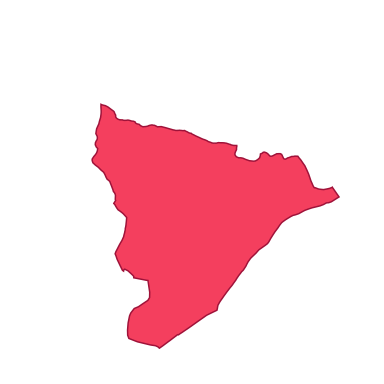 the district of Bonneterre, Gros Islet, Saint Lucia, rotated 241°
{"feature_id": "8701671B46527115488152", "entity_name": "Bonneterre", "entity_type": "district", "adm_level": 2, "iso_a3": "LCA", "parent_name": "Saint Lucia", "parent_adm1": "Gros Islet", "projection": "mercator", "projection_center": [-60.94, 14.069], "detail": "fine", "context": "isolated", "style": "filled", "palette": "rose", "viewbox_px": 384, "rotation_deg": 241, "n_neighbors": 0, "source": "geoboundaries", "source_scale": "gbopen_adm2", "svg_char_len": 5258}
<svg xmlns="http://www.w3.org/2000/svg" viewBox="0 0 384 384"><g transform="rotate(241 192 192)"><path d="M156.0,93.8L156.4,94.1L157.1,95.0L157.1,95.8L154.3,97.7L153.6,98.0L149.9,99.2L147.7,99.9L146.4,100.1L145.2,99.5L137.1,109.1L136.0,110.6L124.8,106.4L120.2,103.7L118.6,100.8L118.1,94.6L117.6,89.6L118.1,85.0L115.8,79.7L113.9,77.3L108.5,72.7L102.5,68.7L97.9,66.3L94.5,65.8L87.5,71.6L82.8,76.7L78.4,81.5L75.3,85.5L73.2,87.1L71.4,87.7L71.2,87.8L71.7,92.3L72.6,98.8L72.8,100.6L74.2,110.2L73.6,111.0L73.8,112.0L74.0,115.2L75.0,125.7L76.2,136.0L75.4,129.2L77.1,144.7L77.1,145.9L76.8,151.4L76.5,156.5L77.7,157.6L79.1,158.7L80.4,159.8L81.2,161.1L82.1,162.5L82.7,163.6L83.6,165.4L84.1,166.5L85.6,169.5L86.2,170.8L86.6,171.7L87.7,174.0L89.7,178.6L90.7,181.2L91.4,182.8L91.9,183.7L92.5,185.0L93.8,187.8L94.3,188.5L95.9,191.6L96.2,192.2L97.8,195.9L98.1,196.4L98.3,197.0L98.6,198.3L98.9,199.2L101.2,203.5L102.0,204.5L102.7,205.6L103.8,207.3L105.6,211.1L106.2,213.2L107.5,218.3L108.4,220.7L108.5,221.0L108.8,221.8L109.0,222.4L109.8,229.8L110.2,232.7L110.4,233.3L111.1,234.9L113.1,238.1L115.1,241.7L117.0,245.3L119.0,249.8L119.6,250.9L120.7,253.1L121.5,255.0L121.7,255.5L121.9,256.5L122.1,257.8L122.2,258.9L122.4,260.4L122.6,264.4L122.6,265.5L122.7,266.1L122.6,267.8L122.6,269.0L122.4,269.6L121.9,271.5L121.4,274.3L121.3,274.8L121.3,276.3L121.3,278.1L121.3,280.4L121.2,282.2L120.6,286.0L120.0,289.2L118.2,295.8L117.8,297.3L117.3,300.9L117.3,304.4L116.7,305.6L116.4,306.3L116.2,307.2L116.2,307.6L116.1,307.9L115.9,308.9L115.9,309.4L116.2,314.7L116.3,316.5L116.4,318.2L128.2,317.0L128.1,316.8L128.1,316.5L128.3,315.3L128.4,314.6L128.5,313.9L128.6,313.7L129.1,311.9L129.6,310.4L130.0,309.2L130.3,308.3L130.5,308.0L131.3,306.8L132.8,304.7L133.4,304.0L134.7,302.9L135.2,302.5L135.9,301.9L136.0,301.6L136.5,301.0L138.9,300.9L141.7,301.2L144.2,301.4L146.8,301.9L151.3,302.7L155.6,303.1L160.3,303.4L162.9,303.1L167.3,302.7L170.3,302.1L172.0,301.9L172.4,301.1L172.7,300.7L173.6,299.1L173.7,298.5L174.7,296.4L174.9,295.9L174.8,295.2L174.9,294.8L175.0,294.3L175.1,294.0L175.1,293.6L175.2,293.0L175.4,292.6L175.4,291.2L175.4,290.0L175.4,289.7L175.8,289.1L176.3,288.6L176.5,288.5L177.1,288.4L179.3,288.5L180.0,288.6L180.6,288.6L181.6,288.6L182.4,287.9L182.7,287.8L183.0,287.3L183.3,286.8L184.0,285.3L184.3,284.9L184.4,284.3L184.4,283.5L184.5,281.5L184.5,280.4L184.7,279.1L184.8,278.8L185.4,277.8L185.8,277.6L187.0,277.2L188.1,277.0L189.2,276.6L190.3,276.0L190.8,275.5L191.5,275.0L191.8,274.6L192.0,274.3L192.1,273.6L192.2,273.3L191.9,272.6L191.9,272.2L192.0,271.2L192.1,270.3L190.6,269.3L189.1,267.7L188.5,265.2L188.4,262.6L189.1,260.8L191.5,257.4L194.5,254.7L196.9,252.9L198.3,251.2L199.3,249.4L201.4,247.8L203.7,247.6L205.1,248.4L206.4,249.9L207.4,251.4L209.1,252.4L210.3,253.4L211.0,253.7L211.5,252.8L211.9,252.1L212.6,250.9L213.3,250.1L214.0,249.3L214.6,248.8L214.9,248.7L215.6,247.9L217.4,246.3L218.2,245.5L218.7,244.8L219.1,244.3L219.5,243.8L219.7,243.4L220.3,242.5L221.3,240.7L222.3,239.2L222.6,238.3L222.9,237.0L223.4,236.1L224.0,235.1L224.3,234.4L225.4,233.1L226.4,232.4L227.1,231.7L228.0,230.9L228.3,230.6L229.4,230.1L230.7,229.1L231.5,228.5L232.4,227.6L233.1,227.0L234.7,225.8L236.1,224.8L238.5,223.0L239.9,222.0L241.2,221.2L242.1,220.5L242.9,220.0L243.7,219.8L244.0,219.4L244.2,219.0L244.7,218.5L245.4,217.9L246.1,217.5L246.8,217.1L247.7,216.4L249.0,215.5L249.3,215.4L249.5,215.1L249.6,214.7L250.1,213.7L251.0,212.5L251.8,211.3L252.0,211.1L252.6,209.7L253.7,207.6L254.5,206.8L255.5,205.6L258.5,202.6L259.5,201.6L260.0,201.1L261.3,199.8L264.2,196.7L264.3,196.4L264.6,195.8L265.1,194.8L265.3,194.4L265.6,193.6L266.0,193.2L266.8,192.8L267.5,192.2L268.2,191.8L268.6,191.4L269.2,190.5L269.7,189.9L270.1,189.5L270.1,189.3L270.4,188.6L270.7,187.7L270.9,186.9L271.0,186.4L271.1,185.1L271.4,184.1L271.6,183.6L271.9,182.8L272.4,181.8L272.5,181.4L273.1,180.5L273.3,180.3L275.1,179.1L276.8,178.6L278.0,177.2L279.0,176.4L279.8,176.1L280.9,176.2L282.2,175.2L283.3,173.6L284.9,172.1L286.0,170.8L286.4,169.6L287.3,167.8L287.9,166.9L288.8,166.1L290.1,163.9L291.4,162.7L292.8,161.9L294.2,161.6L295.4,162.0L296.2,162.5L298.5,162.5L299.5,162.8L300.7,162.6L304.2,161.0L307.1,159.7L309.5,158.1L311.7,155.7L312.8,154.9L310.9,153.8L309.5,153.1L308.0,152.4L305.9,151.3L304.2,150.2L301.4,148.1L298.8,145.4L296.7,143.5L295.4,141.7L293.5,139.2L291.5,137.6L289.6,136.2L286.7,136.1L285.2,135.5L283.9,134.5L283.3,133.3L281.9,131.4L280.2,130.3L277.7,130.1L275.7,130.6L273.6,128.9L272.2,127.1L271.3,125.2L270.7,123.5L269.4,121.0L269.1,120.6L267.8,119.9L265.6,119.5L262.5,120.5L259.2,122.0L255.5,123.0L252.1,124.3L249.3,124.3L246.6,124.0L244.1,124.0L243.0,124.6L241.1,125.2L239.1,124.9L236.7,124.6L232.6,124.0L230.5,123.5L229.2,123.8L227.7,123.8L226.1,123.4L224.5,122.4L222.7,121.3L221.6,121.1L220.0,118.1L219.9,118.0L219.6,118.1L218.5,118.4L217.1,118.4L216.2,118.4L214.2,118.5L212.3,118.7L210.3,119.7L207.8,120.8L206.1,121.4L201.4,122.5L201.2,122.4L199.7,121.4L197.5,119.9L196.1,118.9L195.2,118.3L193.8,117.2L192.5,116.0L191.2,115.2L190.1,114.2L188.9,113.2L187.4,111.7L186.0,110.5L184.6,108.6L183.6,107.3L182.2,104.9L181.3,103.4L179.7,101.0L178.4,99.1L176.7,96.5L175.2,94.8L173.2,94.6L169.4,93.9L164.6,93.6L161.3,93.4L157.2,93.2L156.0,93.8Z" fill="#f43f5e" stroke="#9f1239" stroke-width="1.5"/></g></svg>